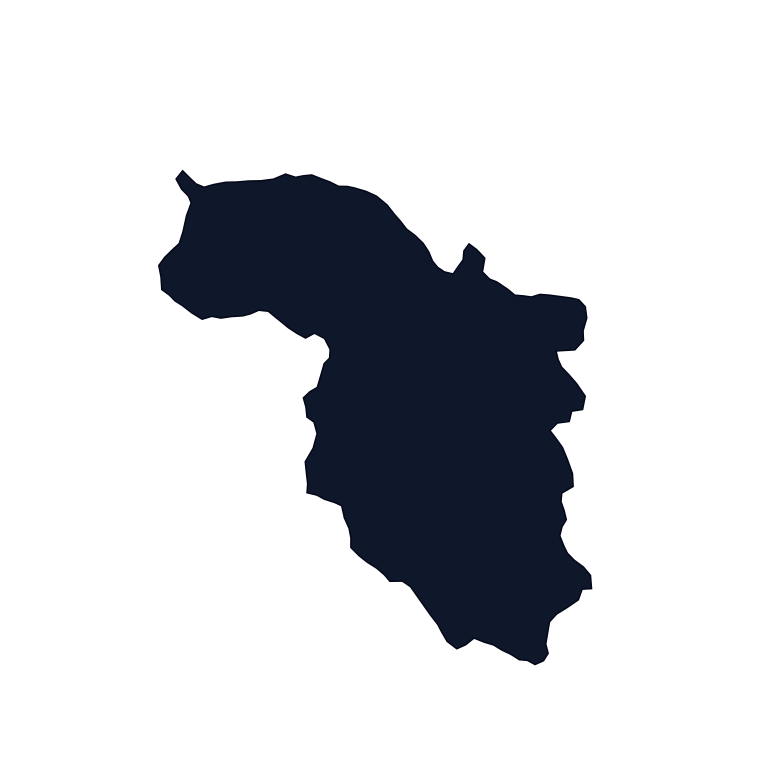 Olaria, Minas Gerais, Brazil, rotated 34°
{"feature_id": "56859067B66778416420172", "entity_name": "Olaria", "entity_type": "district", "adm_level": 2, "iso_a3": "BRA", "parent_name": "Brazil", "parent_adm1": "Minas Gerais", "projection": "mercator", "projection_center": [-43.97, -21.909], "detail": "fine", "context": "isolated", "style": "filled", "palette": "ink", "viewbox_px": 768, "rotation_deg": 34, "n_neighbors": 0, "source": "geoboundaries", "source_scale": "gbopen_adm2", "svg_char_len": 2220}
<svg xmlns="http://www.w3.org/2000/svg" viewBox="0 0 768 768"><g transform="rotate(34 384 384)"><path d="M381.0,517.2L390.3,513.7L399.2,512.8L409.1,509.9L417.0,508.6L426.1,517.2L435.9,523.3L442.8,530.3L448.0,538.1L459.3,540.3L469.3,541.1L481.0,540.8L491.2,542.0L499.2,544.3L509.3,537.2L519.3,537.2L531.9,542.0L542.4,546.0L552.5,549.8L563.0,553.3L570.6,557.4L580.3,562.1L592.4,562.8L597.6,554.3L600.7,544.3L611.4,542.0L620.7,539.1L631.1,538.6L639.9,537.2L650.4,536.9L657.3,533.0L666.1,532.1L671.0,524.2L670.7,515.5L663.5,509.1L658.1,497.2L654.2,488.6L655.8,478.1L660.9,466.7L665.8,454.2L663.0,443.3L670.5,437.6L662.2,427.2L651.7,424.2L640.3,423.7L630.6,421.7L623.8,417.8L614.6,411.5L611.4,402.8L611.0,394.5L604.0,388.1L596.5,382.5L592.4,375.1L598.1,363.2L590.4,352.9L577.8,343.7L567.4,336.8L556.9,332.9L547.6,329.8L549.5,319.5L558.5,311.5L554.8,301.6L562.9,294.1L557.7,281.6L543.5,276.0L531.9,272.9L521.7,270.7L514.6,266.3L508.2,260.4L514.6,255.5L523.1,249.0L525.0,236.3L519.3,228.6L515.2,215.9L507.7,207.4L498.4,205.2L491.0,208.1L481.1,213.0L471.7,217.7L463.2,222.5L457.6,229.4L450.3,233.0L442.8,237.2L433.5,236.3L420.6,236.3L412.9,238.0L402.9,236.0L397.2,223.3L385.9,220.8L376.1,220.3L375.8,228.9L380.2,236.9L379.8,245.2L379.8,254.1L371.3,257.3L363.3,257.3L355.6,255.0L347.1,249.4L337.8,245.5L326.6,243.5L316.1,243.0L306.8,239.9L297.4,237.4L286.2,233.8L272.9,232.5L261.6,234.3L249.9,238.0L243.0,240.8L235.8,245.5L226.0,246.8L216.9,249.0L207.2,251.1L200.7,256.5L195.1,262.1L185.0,265.0L177.8,276.0L168.0,284.6L158.0,291.6L149.5,298.5L139.8,305.4L131.0,314.1L124.8,321.5L116.3,323.2L107.5,321.7L97.8,319.8L97.0,330.3L107.1,335.6L116.8,337.6L122.9,341.7L126.1,354.7L132.1,369.8L135.7,382.0L133.6,390.8L131.4,401.5L131.0,411.7L139.3,420.0L147.0,430.0L156.4,430.3L164.4,432.0L172.9,431.7L184.5,432.5L197.0,432.0L203.4,424.2L211.9,420.6L219.8,413.4L228.9,406.4L234.2,400.3L238.9,392.9L247.4,388.4L258.9,389.5L273.2,390.8L283.4,390.7L293.2,389.8L297.9,380.8L309.2,379.5L320.0,385.4L324.4,392.9L323.0,400.6L326.5,411.2L330.6,424.2L326.9,431.7L324.9,440.6L332.3,446.9L338.6,454.5L347.2,454.7L356.3,462.5L361.2,476.9L362.2,492.5L371.0,503.0L376.5,509.4L381.0,517.2Z" fill="#0f172a" stroke="#020617" stroke-width="1.5"/></g></svg>